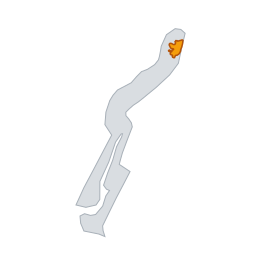 Tumana, Upper River, Gambia (highlighted), rotated 297°
{"feature_id": "56634734B54781332377439", "entity_name": "Tumana", "entity_type": "district", "adm_level": 2, "iso_a3": "GMB", "parent_name": "Gambia", "parent_adm1": "Upper River", "projection": "mercator", "projection_center": [-14.08, 13.369], "detail": "fine", "context": "in_parent", "style": "filled", "palette": "amber", "viewbox_px": 256, "rotation_deg": 297, "n_neighbors": 0, "source": "geoboundaries", "source_scale": "gbopen_adm2", "svg_char_len": 3895}
<svg xmlns="http://www.w3.org/2000/svg" viewBox="0 0 256 256"><g transform="rotate(297 128 128)"><path d="M35.8,116.6L54.7,115.8L77.6,116.2L102.5,116.5L114.3,116.7L120.5,105.9L132.2,101.1L144.2,99.3L150.5,99.8L157.1,101.4L169.7,110.3L177.6,112.3L184.3,114.4L189.1,118.7L196.6,123.0L202.6,124.2L206.1,123.5L212.0,121.8L215.9,120.5L228.6,119.9L237.9,124.9L239.8,130.3L238.3,135.9L225.8,138.9L208.5,143.5L194.2,141.0L176.8,134.6L166.6,130.1L162.4,128.3L156.0,125.4L150.5,122.3L145.1,120.2L141.0,118.9L138.0,120.6L136.5,124.4L134.1,128.7L130.9,131.3L116.4,132.8L103.3,134.3L96.2,135.7L91.6,136.7L90.1,149.6L75.2,149.5L60.7,149.3L45.6,149.5L29.3,149.8L25.2,152.4L20.8,156.7L20.3,150.2L16.2,135.5L21.7,129.0L27.8,125.2L31.9,128.2L33.1,134.3L36.2,138.4L46.9,140.9L57.4,139.1L63.9,139.9L63.7,136.6L65.9,132.2L78.7,130.3L92.3,129.0L106.2,126.3L117.1,126.4L120.4,125.7L119.6,124.6L109.8,123.3L88.9,126.3L67.6,127.2L51.5,135.3L44.9,134.5L38.2,126.5L35.8,116.6Z" fill="#d9dde1" stroke="#a8b0b8" stroke-width="1"/><path d="M218.0,139.9L218.6,139.9L219.8,140.0L220.0,139.9L220.4,139.9L220.8,139.8L221.5,139.4L222.1,139.3L222.3,139.3L222.5,139.3L222.8,139.3L223.0,139.2L223.4,139.2L223.6,139.2L223.8,139.2L224.4,139.1L224.5,139.1L225.4,138.9L225.6,138.8L226.0,138.7L226.6,138.6L226.8,138.6L227.1,138.5L227.4,138.5L227.6,138.4L228.2,138.2L228.5,138.1L229.0,137.9L229.3,137.8L230.6,137.3L231.0,137.2L231.1,136.8L231.1,136.7L231.1,136.4L231.1,136.2L230.9,136.0L230.7,135.9L230.5,135.7L230.4,135.7L230.2,135.5L230.1,135.2L229.9,135.1L229.7,134.9L229.5,134.7L229.4,134.5L229.4,134.4L229.2,134.2L228.9,134.0L228.8,133.9L228.7,133.8L228.7,133.7L228.4,133.4L228.2,133.2L228.2,132.9L228.1,132.7L228.1,132.4L227.9,132.4L227.9,132.2L228.0,132.1L227.9,131.9L227.8,131.6L227.8,131.4L227.7,131.3L227.7,131.2L227.4,131.0L227.4,130.9L227.2,130.9L226.9,130.9L226.7,130.9L226.7,131.0L226.4,131.2L226.2,131.2L226.2,131.3L225.9,131.4L225.8,131.5L225.7,131.5L225.7,131.4L225.6,131.5L225.4,131.5L225.2,131.7L225.2,131.8L224.9,131.9L224.7,131.9L224.4,131.9L224.2,131.9L223.8,131.8L223.8,131.7L223.7,131.7L223.5,131.4L223.2,131.2L223.1,130.8L223.0,130.6L223.0,130.3L223.0,130.2L223.0,129.8L223.0,129.5L223.0,129.3L223.0,129.2L223.1,128.9L223.1,128.7L223.0,128.3L223.0,128.1L222.9,128.0L222.8,127.7L222.7,127.3L222.6,127.1L222.2,126.9L221.8,126.8L221.6,126.7L221.3,126.8L221.1,126.8L220.9,127.0L220.6,127.1L220.4,127.3L220.2,127.5L220.1,127.8L219.9,128.0L219.7,128.3L219.5,128.5L219.3,128.8L219.2,129.0L218.8,129.3L218.7,129.5L218.6,129.8L218.6,130.0L218.5,130.3L218.5,130.5L218.6,130.8L218.6,131.1L218.7,131.3L218.8,131.4L218.9,131.8L219.0,131.9L219.0,132.0L219.1,132.3L219.1,132.6L218.9,132.9L218.7,132.9L218.3,132.8L218.2,132.8L218.0,132.7L217.9,132.5L217.8,132.4L217.7,132.3L217.6,132.2L217.4,132.0L217.3,131.9L217.2,131.9L216.9,131.9L216.7,132.0L216.3,132.3L216.0,132.3L215.9,132.3L215.8,132.2L215.7,132.1L215.7,131.8L215.7,131.7L215.8,131.3L215.9,131.2L216.0,131.0L216.0,130.9L216.1,130.6L216.4,130.0L216.4,129.9L216.3,129.6L216.2,129.4L215.9,129.3L215.9,129.2L215.7,129.1L215.4,129.0L215.2,129.1L215.0,129.3L214.9,129.7L214.9,130.0L214.9,131.1L214.8,131.3L214.7,131.5L214.4,131.8L214.2,131.8L213.9,131.9L213.7,131.9L213.4,131.9L213.2,131.9L213.1,132.0L213.0,132.4L212.8,132.7L212.8,132.8L212.8,133.0L212.8,133.3L212.9,133.5L212.9,133.8L212.9,134.0L213.0,134.1L213.0,134.3L212.9,134.5L212.6,134.9L212.3,134.9L211.9,135.0L211.7,135.1L211.5,135.4L211.3,135.7L211.3,135.9L211.3,136.0L211.4,136.3L211.4,136.5L211.5,136.6L211.5,136.8L211.4,136.9L211.4,137.0L211.5,137.2L211.6,137.3L211.8,137.4L211.9,137.5L212.0,137.4L212.4,137.4L212.5,137.4L213.0,137.4L214.0,137.4L214.0,137.5L214.3,137.6L214.5,137.8L214.8,138.1L214.9,138.3L215.0,138.5L215.3,138.8L215.5,139.0L215.9,139.1L216.1,139.2L216.4,139.4L216.5,139.5L217.2,139.8L217.7,139.9L217.8,139.9L218.0,139.9L218.0,139.9Z" fill="#f59e0b" stroke="#b45309" stroke-width="1.5"/></g></svg>